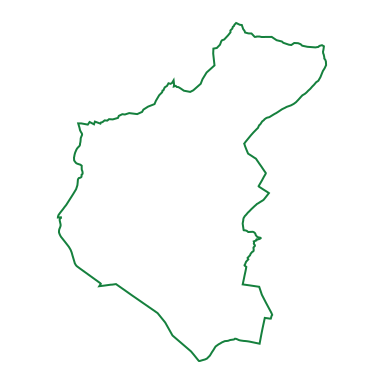 Stefanesti, Arges, Romania (Natural Earth projection)
{"feature_id": "2599482B40982611727809", "entity_name": "Stefanesti", "entity_type": "district", "adm_level": 2, "iso_a3": "ROU", "parent_name": "Romania", "parent_adm1": "Arges", "projection": "natural_earth1", "projection_center": [24.947, 44.876], "detail": "fine", "context": "isolated", "style": "outline", "palette": "green", "viewbox_px": 384, "rotation_deg": 0, "n_neighbors": 0, "source": "geoboundaries", "source_scale": "gbopen_adm2", "svg_char_len": 5783}
<svg xmlns="http://www.w3.org/2000/svg" viewBox="0 0 384 384"><path d="M259.6,343.7L261.4,334.1L262.5,328.6L264.8,317.9L267.7,318.3L269.7,318.6L270.8,318.6L271.1,317.6L271.5,316.0L272.2,314.9L271.3,312.7L266.0,302.8L262.4,295.8L261.8,294.6L261.6,294.0L259.2,286.8L253.8,286.0L249.8,285.4L242.7,284.4L244.0,278.3L244.6,275.3L245.4,271.7L246.0,268.7L246.3,266.9L244.8,265.7L244.6,265.5L244.5,265.2L244.9,264.7L246.1,261.7L248.3,259.3L247.8,258.5L247.7,258.1L247.6,257.9L250.1,255.2L250.4,254.3L250.8,253.5L251.1,253.2L251.8,252.4L252.1,252.0L252.5,251.7L252.8,251.6L253.3,251.3L253.4,251.2L253.6,250.6L253.7,250.1L253.7,249.8L253.7,249.6L253.6,249.3L253.6,249.0L253.5,248.4L253.6,247.9L253.5,247.5L253.8,247.1L254.9,245.9L254.9,245.6L254.8,245.1L254.5,244.7L254.1,244.2L253.9,243.8L253.8,243.4L254.0,242.9L254.1,242.0L253.8,241.4L254.8,241.0L256.5,240.4L256.6,240.2L256.5,239.7L256.3,239.6L256.0,239.4L255.6,239.1L255.8,239.2L256.2,239.3L256.8,239.4L257.4,239.4L258.4,239.3L259.1,239.1L260.0,238.7L260.5,238.4L260.7,238.1L260.4,237.8L260.1,237.7L259.7,237.6L259.0,237.5L258.3,237.3L257.7,237.1L257.3,236.9L256.9,236.5L256.6,236.2L256.4,235.9L256.0,235.4L255.7,235.0L255.6,234.7L255.5,234.2L255.4,234.0L255.3,233.7L255.1,233.3L254.9,233.1L254.7,232.9L254.0,232.3L253.6,232.1L252.8,231.8L252.5,231.8L250.6,231.9L248.7,232.0L248.3,232.0L248.1,231.9L247.8,231.7L247.4,231.3L246.8,230.9L246.1,230.6L245.3,230.4L244.7,230.3L244.0,230.3L243.7,230.2L243.5,229.4L243.4,228.5L243.2,227.3L242.8,224.5L242.7,223.9L242.7,223.3L243.3,220.1L243.3,219.3L243.5,218.6L243.7,217.9L244.1,217.3L244.4,216.8L244.8,216.1L245.8,215.1L247.0,213.7L247.8,212.7L249.3,211.3L251.4,209.1L252.7,207.9L254.6,206.1L256.0,204.9L256.7,204.2L256.9,204.0L258.2,203.3L260.2,202.0L261.5,201.2L263.1,200.2L263.7,199.7L266.5,196.2L267.2,195.3L268.9,193.1L267.8,192.3L263.2,189.4L260.6,187.7L258.9,186.6L258.7,186.4L258.6,186.2L261.8,180.7L264.0,176.6L264.6,175.6L265.3,174.4L265.7,173.6L265.8,173.3L265.8,173.1L265.7,172.9L265.6,172.7L264.5,171.2L263.9,170.3L262.2,167.8L261.7,167.0L260.0,164.6L258.8,162.9L258.5,162.4L257.3,160.7L256.3,159.2L256.1,158.9L255.7,158.5L254.5,157.8L251.5,155.8L248.2,153.7L247.9,153.2L247.7,152.7L246.7,150.3L245.0,146.0L244.4,144.0L244.2,143.7L245.5,141.9L250.9,135.3L253.4,132.5L256.8,129.0L257.9,128.0L259.1,125.3L260.2,124.4L261.0,123.2L262.2,121.4L263.8,120.2L264.5,119.3L265.9,118.3L266.4,118.0L267.3,117.6L268.4,117.4L269.4,117.1L270.7,116.3L272.8,115.0L274.8,113.8L276.0,113.2L277.9,112.0L280.3,110.4L282.1,109.2L282.9,108.8L285.0,107.8L286.6,106.9L288.3,106.3L290.9,105.4L293.7,103.9L296.0,102.2L298.4,99.7L300.9,96.9L302.4,95.3L304.8,93.9L306.5,92.5L308.1,90.8L310.3,88.8L312.2,86.6L314.1,84.7L316.2,82.2L318.3,80.8L320.4,77.2L322.9,71.0L324.6,68.3L326.1,65.1L326.0,63.5L325.9,61.5L325.2,59.6L324.3,58.6L324.3,57.4L324.1,56.4L323.7,54.5L323.2,53.4L323.0,51.7L323.4,50.0L323.7,47.9L323.9,46.3L322.0,45.2L319.4,45.9L318.4,46.9L315.4,47.4L307.4,46.8L302.2,45.7L300.6,44.2L298.1,43.2L294.2,43.0L291.3,45.0L288.9,44.7L283.3,42.8L281.9,41.5L276.6,40.2L271.7,36.9L261.6,37.0L259.3,36.5L256.9,36.5L255.8,36.9L254.7,36.9L251.5,33.5L248.4,33.4L245.1,32.5L244.5,30.8L243.2,29.1L241.8,25.0L239.9,24.8L236.1,23.0L234.4,24.8L234.0,25.9L232.8,26.9L232.3,28.6L230.4,30.5L230.5,32.3L228.1,35.3L224.2,39.5L222.0,40.3L221.2,41.4L220.0,44.7L216.8,48.0L213.4,48.6L213.2,53.6L214.5,65.4L209.6,69.8L206.6,72.5L202.5,79.2L200.7,83.8L193.3,90.3L190.2,91.9L183.9,90.7L181.0,88.7L178.4,87.1L176.9,87.0L175.7,85.9L173.8,86.5L174.1,84.9L173.6,80.3L171.9,83.1L170.5,83.8L168.5,83.3L167.0,85.9L164.7,87.4L163.4,90.3L162.5,90.6L162.1,92.3L159.2,95.2L155.9,100.8L154.5,104.1L148.1,106.6L143.4,109.6L142.1,111.9L137.2,114.1L129.2,113.1L124.9,114.5L122.3,114.2L118.8,115.9L118.0,117.9L112.8,119.4L109.0,119.2L107.3,120.6L104.6,120.4L102.5,122.1L100.8,122.6L100.4,123.6L94.9,121.6L94.0,124.3L89.6,122.0L87.8,124.6L81.2,123.4L78.2,123.4L79.5,127.8L80.0,130.1L80.7,131.6L81.9,133.5L82.1,134.8L81.5,136.2L80.9,137.7L80.7,138.5L80.6,140.2L80.5,141.3L80.3,142.6L80.0,143.8L80.0,144.8L79.3,146.2L78.2,147.2L77.1,148.5L76.4,149.7L75.9,150.9L75.2,152.5L74.7,154.2L74.4,155.6L74.3,156.4L74.0,157.5L74.1,159.4L74.1,160.2L74.5,161.0L75.1,161.8L75.7,162.6L76.3,163.2L77.3,163.7L78.2,164.0L79.4,164.4L80.4,164.7L81.2,165.3L81.7,165.7L81.7,166.2L81.7,167.5L81.7,168.5L81.8,169.8L81.9,170.1L82.3,171.0L82.5,171.9L82.6,172.7L82.6,173.5L82.3,174.2L81.6,174.7L81.6,175.4L81.5,176.4L81.4,176.9L81.0,177.3L80.5,177.6L79.6,177.9L78.8,178.1L78.1,179.1L77.9,179.7L77.7,182.3L77.4,185.2L76.1,189.2L73.2,194.0L66.2,205.0L64.5,207.1L63.2,208.9L60.2,212.7L58.6,214.9L58.0,216.5L57.9,217.5L60.9,217.3L61.0,217.9L60.9,218.0L60.4,218.3L60.0,218.7L59.7,219.3L59.7,219.6L59.7,220.5L60.5,224.1L60.6,224.7L60.6,225.3L60.6,225.7L60.5,225.9L60.4,226.5L59.5,228.8L59.3,229.2L59.1,230.3L59.0,231.1L59.0,231.5L59.0,232.4L59.1,232.6L59.3,233.4L59.4,233.5L59.6,234.2L59.8,234.6L60.4,235.8L60.9,236.7L62.1,238.2L64.8,241.6L67.6,245.2L68.9,246.9L69.6,248.1L70.5,249.6L70.8,250.3L71.4,251.8L71.7,252.6L72.5,255.5L73.5,258.8L74.8,263.2L74.8,263.3L75.1,263.8L75.5,264.5L75.8,265.0L76.2,265.5L76.7,266.1L80.2,268.7L100.3,283.2L100.8,283.8L99.3,286.2L104.2,285.6L110.7,284.7L111.7,284.7L116.0,284.1L131.9,295.3L157.6,313.1L165.2,322.5L172.5,335.5L190.9,351.3L191.1,351.5L194.1,355.1L197.0,358.7L197.9,359.8L198.8,360.9L199.7,361.0L203.0,360.0L204.9,359.5L206.9,358.6L208.4,357.1L209.9,355.6L212.0,352.1L213.1,350.5L214.1,348.9L214.8,347.7L215.6,346.5L217.1,345.4L218.6,344.3L220.3,343.4L221.9,342.4L224.9,341.1L226.5,341.0L228.1,340.8L230.2,340.0L233.9,339.5L235.0,338.7L236.3,338.9L237.7,339.5L238.7,340.0L240.1,340.4L241.4,340.6L243.5,340.9L246.0,341.1L247.6,341.3L249.5,341.6L251.4,342.0L256.7,343.1L259.6,343.7Z" fill="none" stroke="#15803d" stroke-width="2"/></svg>